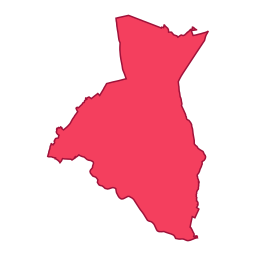 Darmanesti, Suceava, Romania
{"feature_id": "2599482B2984859912538", "entity_name": "Darmanesti", "entity_type": "district", "adm_level": 2, "iso_a3": "ROU", "parent_name": "Romania", "parent_adm1": "Suceava", "projection": "orthographic", "projection_center": [26.129, 47.745], "detail": "fine", "context": "isolated", "style": "filled", "palette": "rose", "viewbox_px": 256, "rotation_deg": 0, "n_neighbors": 0, "source": "geoboundaries", "source_scale": "gbopen_adm2", "svg_char_len": 5691}
<svg xmlns="http://www.w3.org/2000/svg" viewBox="0 0 256 256"><path d="M197.4,237.8L197.0,236.9L197.3,236.3L197.1,236.1L196.7,235.9L195.8,235.9L195.6,236.0L195.6,236.4L195.4,236.8L194.8,237.0L194.3,237.0L193.8,236.8L193.6,236.3L194.0,235.7L194.2,235.0L194.0,234.3L194.0,233.7L193.9,233.5L193.3,232.6L192.4,230.6L191.9,229.5L191.4,228.7L191.0,228.2L191.0,227.8L190.8,227.5L190.5,227.3L190.1,227.1L190.8,223.4L191.9,218.2L192.3,216.6L194.9,217.8L198.9,209.1L196.6,207.5L198.0,204.9L197.5,204.6L198.0,203.6L198.0,203.2L198.0,202.9L197.9,202.6L197.6,202.2L197.5,201.7L197.4,201.4L197.2,201.2L196.7,201.0L196.5,200.9L196.5,200.7L196.6,199.6L196.5,198.5L196.5,198.4L196.8,198.0L196.8,197.8L196.8,197.5L196.3,196.7L196.2,196.4L196.2,196.1L196.3,196.0L196.4,195.4L196.2,194.7L196.3,194.4L196.5,193.9L196.7,193.4L196.6,192.8L196.7,191.8L196.8,191.4L196.9,191.2L197.2,190.9L197.5,190.1L197.9,189.6L198.2,189.3L198.2,189.2L198.4,188.9L198.4,188.7L198.4,188.0L198.3,187.7L198.4,187.3L198.7,185.7L198.7,185.3L198.5,185.1L198.6,184.6L198.6,184.4L198.8,184.1L198.8,183.6L198.7,183.4L198.6,183.2L199.0,182.7L198.9,182.6L198.7,182.5L198.6,182.4L199.0,181.8L199.0,181.6L198.8,181.4L198.5,181.3L198.6,180.7L198.5,180.3L198.4,179.9L198.2,179.4L198.1,179.1L197.8,178.6L197.6,178.1L197.6,177.0L197.6,176.8L197.2,176.2L197.2,175.8L197.2,175.1L197.3,174.8L198.6,173.1L199.4,171.5L200.0,169.4L201.3,166.6L201.8,164.9L202.2,164.1L202.1,162.7L202.1,161.7L204.1,160.3L204.9,159.2L205.4,158.1L205.6,156.8L205.2,155.5L204.8,154.9L204.3,154.4L203.9,153.4L203.0,151.5L200.1,149.8L198.1,148.4L197.3,147.0L196.8,146.3L195.6,145.5L194.3,143.9L194.2,140.3L193.1,134.0L192.5,128.9L191.7,126.2L191.6,124.6L190.6,122.6L189.0,120.5L187.3,119.6L186.8,119.2L186.5,118.4L186.3,116.8L185.8,116.1L185.5,114.4L184.1,111.3L183.5,109.9L181.5,105.7L181.6,105.4L181.8,104.5L181.9,103.7L181.4,101.3L181.2,99.7L180.8,98.0L180.3,97.1L180.1,96.4L179.6,92.7L179.4,91.9L179.2,91.2L179.1,90.1L179.0,88.7L178.9,86.7L178.7,85.7L178.3,81.9L178.4,81.4L178.7,80.8L179.6,78.9L181.1,76.1L183.1,72.9L196.5,52.5L204.5,40.5L205.5,36.7L206.0,35.4L206.3,34.7L207.4,32.9L208.3,31.0L207.4,31.7L206.8,31.9L205.5,32.4L202.9,33.1L201.0,33.7L198.5,34.3L195.9,35.0L193.1,35.5L191.2,30.6L196.5,29.8L196.5,29.7L196.3,29.6L195.6,29.3L194.5,28.4L194.1,28.0L193.5,27.5L192.6,27.1L192.4,27.2L192.4,27.6L192.6,27.8L192.6,28.1L192.3,28.7L192.0,28.9L191.7,29.1L190.7,29.4L190.3,29.6L189.9,30.3L189.3,30.8L188.5,31.6L187.5,32.2L187.4,32.3L187.5,32.5L187.4,32.6L186.9,32.8L186.6,33.1L186.1,33.7L185.3,34.3L184.9,34.8L184.5,35.1L183.3,35.5L182.8,35.5L181.8,35.2L181.2,35.0L180.3,35.5L177.9,37.2L177.5,36.7L177.0,36.0L176.6,35.8L174.6,35.2L173.8,34.8L173.7,34.8L173.4,34.6L173.4,34.4L173.3,34.2L172.7,33.7L172.3,33.4L172.3,33.2L171.9,32.6L171.8,32.4L171.5,32.2L168.6,32.1L168.5,30.1L168.4,29.7L167.8,28.4L165.1,26.0L164.5,25.0L164.1,25.0L163.6,27.6L161.7,27.2L161.3,28.0L147.6,22.7L143.1,21.0L134.6,17.7L129.9,15.9L128.5,15.4L118.0,17.7L118.0,17.8L116.0,18.2L116.3,21.2L116.6,22.6L116.9,26.2L117.1,27.4L117.3,28.8L117.5,30.1L117.8,31.6L118.1,33.7L118.5,37.0L119.0,40.1L119.3,41.0L120.1,42.8L119.9,47.1L119.9,49.9L120.4,55.9L121.0,59.9L121.7,63.4L122.1,65.5L122.6,69.0L123.0,70.3L123.8,72.2L124.4,73.7L126.2,78.8L125.1,79.0L118.7,80.7L112.8,82.0L106.6,83.6L105.2,86.1L104.1,87.9L103.6,89.0L102.1,91.5L100.4,94.3L99.7,95.5L97.8,93.5L94.2,96.3L91.3,98.6L89.0,97.0L88.1,97.4L86.9,98.1L86.2,98.1L85.9,98.0L85.7,98.0L85.6,98.4L85.8,98.8L86.5,99.4L85.5,99.9L84.8,100.5L84.4,101.2L84.4,101.9L84.3,102.2L84.0,102.5L83.3,102.7L82.7,103.1L82.3,103.9L81.9,104.6L81.0,105.3L80.1,106.2L79.0,107.3L78.6,107.4L78.1,107.9L77.9,107.9L77.3,107.3L76.7,107.5L76.1,108.1L76.1,108.3L76.1,108.5L77.0,110.4L77.7,111.7L77.2,112.4L74.6,115.9L74.5,116.3L74.0,117.0L72.4,119.3L70.3,123.2L69.9,123.8L68.2,125.7L67.0,126.9L63.5,129.9L61.6,128.4L61.9,127.9L60.7,126.9L60.2,127.4L59.1,128.0L58.6,127.5L57.6,128.1L57.2,128.2L57.3,128.6L57.3,128.8L56.7,128.8L56.6,129.1L56.7,130.3L56.7,131.0L56.3,131.7L56.4,132.3L56.6,132.9L57.7,134.4L59.0,135.2L58.6,136.2L58.5,137.4L58.5,137.7L58.4,137.8L58.1,138.0L55.9,138.4L55.4,138.8L54.9,139.7L54.9,140.1L54.5,140.4L54.4,140.7L54.3,141.0L54.2,141.3L54.4,141.7L54.6,141.9L54.6,142.2L54.6,142.6L54.3,143.5L53.9,143.6L53.6,143.9L53.0,144.8L51.3,143.7L51.0,144.1L51.2,144.4L51.1,144.7L50.7,145.4L50.5,145.7L50.3,146.1L50.1,146.9L49.9,148.5L49.0,151.2L48.8,152.1L48.7,153.1L48.4,153.8L47.7,156.4L48.3,156.7L49.5,156.8L51.4,156.8L53.2,157.5L55.4,157.9L55.1,158.7L55.6,158.8L56.3,159.2L57.7,160.1L58.8,161.1L59.6,162.0L60.0,162.7L61.1,161.3L61.5,160.8L62.5,158.6L64.4,158.9L70.9,159.2L71.4,159.5L72.0,160.0L75.0,158.0L74.6,157.4L75.6,156.6L76.1,157.1L77.5,156.2L78.9,154.9L79.9,155.6L82.1,156.5L84.3,157.1L86.1,158.7L87.2,159.6L88.7,160.2L91.0,160.6L91.7,161.0L92.8,161.6L93.3,162.2L93.5,163.4L92.6,166.1L92.5,167.6L90.5,170.1L90.0,171.3L90.4,173.0L91.9,175.0L93.0,176.2L95.7,177.1L96.8,178.3L97.9,179.9L97.6,181.1L97.4,182.4L98.9,184.8L100.0,185.4L102.2,185.9L103.5,186.9L105.1,188.4L107.6,189.0L109.1,188.7L112.4,187.6L113.8,187.7L115.1,188.2L115.8,188.7L116.2,191.2L116.5,192.7L118.3,196.2L119.3,197.6L120.8,198.7L121.8,199.0L123.4,198.7L127.9,196.4L129.2,196.4L130.0,196.9L131.9,197.9L133.6,199.3L134.8,201.2L139.8,208.9L140.6,210.0L142.4,212.3L143.6,214.0L146.1,218.1L147.5,220.3L149.0,221.1L151.2,221.7L152.5,222.6L154.1,224.4L156.6,229.8L157.4,230.9L158.9,231.6L161.4,231.7L164.0,231.5L166.2,232.4L171.5,234.1L173.7,235.2L174.7,236.5L175.6,238.4L178.5,239.0L180.1,239.1L181.0,239.0L183.0,239.0L183.8,239.2L185.2,239.8L186.1,240.2L187.3,240.6L188.4,240.6L190.2,240.2L193.6,238.9L194.6,238.4L196.0,238.0L197.4,237.8Z" fill="#f43f5e" stroke="#9f1239" stroke-width="1.5"/></svg>